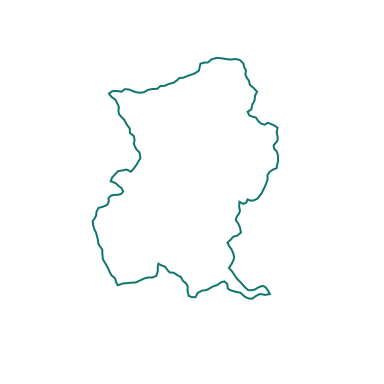 outline of Miradouro, Minas Gerais, Brazil, rotated 57°
{"feature_id": "56859067B1408644769677", "entity_name": "Miradouro", "entity_type": "district", "adm_level": 2, "iso_a3": "BRA", "parent_name": "Brazil", "parent_adm1": "Minas Gerais", "projection": "mercator", "projection_center": [-42.39, -20.852], "detail": "fine", "context": "isolated", "style": "outline", "palette": "teal", "viewbox_px": 384, "rotation_deg": 57, "n_neighbors": 0, "source": "geoboundaries", "source_scale": "gbopen_adm2", "svg_char_len": 2790}
<svg xmlns="http://www.w3.org/2000/svg" viewBox="0 0 384 384"><g transform="rotate(57 192 192)"><path d="M96.9,93.3L93.0,98.1L91.4,103.5L92.0,108.1L90.1,111.4L89.0,115.1L91.9,118.0L94.0,120.2L94.0,124.9L93.3,128.4L92.2,132.7L91.4,137.1L89.5,140.5L90.2,143.9L90.3,148.3L88.8,152.4L88.0,157.3L85.9,160.7L86.6,164.9L83.9,169.4L82.3,173.6L82.2,178.0L80.3,181.7L78.2,184.3L74.9,186.9L71.6,189.1L69.2,192.3L69.5,196.5L66.3,200.1L64.0,204.0L64.3,208.1L68.4,207.7L72.8,206.0L77.1,206.4L81.1,207.1L83.8,209.5L87.0,210.8L91.1,210.3L94.1,209.5L97.0,209.8L100.6,209.9L104.9,209.6L108.7,212.0L113.4,210.3L117.4,212.0L119.8,214.5L122.8,215.1L126.1,215.4L130.4,214.5L135.6,216.9L137.4,220.8L139.0,223.9L140.6,228.0L141.7,232.2L137.6,234.6L136.3,237.8L134.2,242.9L135.4,247.4L136.3,251.0L138.7,254.3L143.3,251.1L147.2,250.2L150.3,249.0L154.1,249.4L155.0,252.4L154.2,255.4L152.5,258.0L150.9,261.7L151.7,265.4L154.7,267.0L156.6,270.2L155.8,275.0L154.4,279.1L156.5,282.8L159.5,285.2L161.2,288.2L162.3,291.1L166.1,293.0L169.7,294.2L173.7,294.6L177.5,295.8L181.2,297.1L185.0,298.9L188.0,298.8L191.4,298.6L195.3,301.0L199.9,303.4L205.3,303.6L211.0,304.0L214.5,304.7L218.5,304.8L222.6,303.5L225.9,304.7L229.7,305.1L231.2,299.6L233.1,296.0L234.8,292.6L237.2,288.5L238.0,283.0L238.6,278.7L239.9,275.2L242.1,271.9L242.9,267.6L239.9,263.9L236.4,261.7L233.9,259.2L236.6,257.8L240.2,255.2L244.2,255.1L247.3,254.5L249.9,251.2L253.5,249.7L257.3,247.6L261.5,248.0L265.3,246.8L268.9,247.0L272.2,249.5L277.3,251.3L280.0,249.5L282.1,246.4L279.7,242.1L280.3,236.9L282.1,233.3L282.4,230.0L282.6,226.3L283.8,221.4L283.5,216.9L284.6,213.5L288.3,212.5L292.6,214.6L296.2,212.6L299.7,209.5L302.8,206.3L305.7,205.5L308.6,204.7L311.8,202.8L314.3,199.6L314.0,195.2L314.6,190.4L318.0,186.9L320.0,182.4L315.8,181.9L311.6,182.3L309.1,184.0L308.2,188.1L308.0,192.3L306.9,195.5L304.8,198.4L299.7,199.7L294.3,200.4L289.4,201.5L284.9,201.6L280.0,201.7L275.8,202.4L273.8,197.7L271.8,194.4L269.5,192.1L265.9,190.8L261.5,190.1L257.2,190.3L253.7,189.7L253.1,185.6L252.0,181.9L253.2,177.5L252.7,173.1L248.3,171.2L243.6,170.4L239.3,170.6L237.0,167.7L235.8,164.5L233.9,162.0L229.8,160.4L226.1,157.5L229.9,155.5L230.4,152.2L228.5,149.5L231.1,147.6L232.6,145.0L233.2,140.7L230.9,134.1L228.5,130.2L225.8,125.8L222.5,121.7L219.0,119.5L217.4,116.1L217.3,111.8L218.1,108.1L215.6,105.9L213.0,103.0L208.5,100.1L204.1,98.8L200.4,99.6L197.3,98.1L195.5,92.3L192.1,90.0L188.2,88.6L184.7,85.2L181.1,86.7L178.2,88.6L175.3,90.6L175.1,94.4L172.5,96.7L169.1,97.8L164.2,97.9L161.7,100.3L158.9,102.2L155.0,101.7L155.0,97.1L151.7,94.0L149.2,89.6L145.5,86.6L143.3,82.8L138.3,83.7L133.4,85.1L129.9,83.7L125.8,83.8L122.2,83.1L119.3,80.4L116.1,80.3L111.9,78.9L107.1,80.1L104.1,83.3L102.0,87.4L100.1,89.8L96.9,93.3Z" fill="none" stroke="#0f766e" stroke-width="2"/></g></svg>